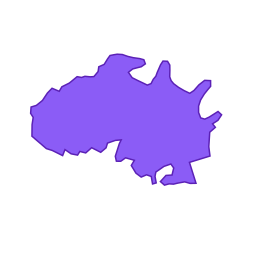 the district of Ametista do Sul, Rio Grande do Sul, Brazil, rotated 161°
{"feature_id": "56859067B61027900204882", "entity_name": "Ametista do Sul", "entity_type": "district", "adm_level": 2, "iso_a3": "BRA", "parent_name": "Brazil", "parent_adm1": "Rio Grande do Sul", "projection": "orthographic", "projection_center": [-53.201, -27.36], "detail": "fine", "context": "isolated", "style": "filled", "palette": "violet", "viewbox_px": 256, "rotation_deg": 161, "n_neighbors": 0, "source": "geoboundaries", "source_scale": "gbopen_adm2", "svg_char_len": 1509}
<svg xmlns="http://www.w3.org/2000/svg" viewBox="0 0 256 256"><g transform="rotate(161 128 128)"><path d="M112.1,62.1L107.3,61.8L103.2,60.1L98.9,59.7L91.9,58.6L87.3,55.4L81.7,53.6L81.1,75.5L59.6,74.8L57.7,84.0L52.1,97.4L45.2,100.2L46.7,104.4L40.4,106.0L35.2,110.0L37.5,114.3L47.6,111.9L52.5,111.4L56.0,113.9L56.2,119.7L54.1,125.8L50.2,130.9L44.8,135.3L39.9,138.4L36.3,140.5L34.5,145.9L40.0,148.1L46.9,145.7L53.4,142.0L58.3,140.7L62.7,145.0L67.0,150.0L70.4,155.0L71.8,158.7L71.9,162.8L69.6,169.0L68.0,173.9L68.9,178.2L73.1,179.9L76.6,177.2L82.3,171.0L84.8,167.9L88.3,165.8L91.7,162.5L95.8,162.3L98.9,165.4L103.3,169.7L107.7,174.2L109.5,180.5L104.4,182.3L100.0,182.0L95.5,181.6L90.7,183.0L90.8,187.4L94.3,189.8L100.0,192.7L104.8,195.7L109.4,199.3L114.2,201.3L117.7,201.9L121.4,202.4L124.8,200.0L129.8,195.9L135.7,195.4L137.9,191.1L143.5,187.7L147.1,188.7L151.9,190.9L155.4,190.9L159.4,193.1L168.8,189.6L177.1,188.5L181.1,185.1L186.9,190.3L192.8,187.3L199.9,181.9L207.3,179.2L212.8,179.4L215.3,173.6L214.2,168.9L217.6,162.4L221.5,151.5L211.9,135.1L206.9,131.4L198.8,123.2L194.6,128.1L190.2,122.1L184.5,118.8L181.2,121.5L176.1,118.2L168.8,121.2L161.7,113.9L155.2,116.4L152.3,120.4L144.0,120.4L138.3,119.0L141.3,116.0L149.2,105.4L149.8,100.4L145.7,98.9L140.0,100.6L132.5,95.4L137.1,91.5L135.2,82.7L131.5,77.3L125.7,77.7L121.8,74.6L123.0,67.1L119.2,66.9L118.2,73.5L116.0,77.3L106.5,80.0L99.2,80.0L97.8,75.3L101.7,69.2L107.5,70.8L114.8,66.8L112.1,62.1Z" fill="#8b5cf6" stroke="#5b21b6" stroke-width="1.5"/></g></svg>